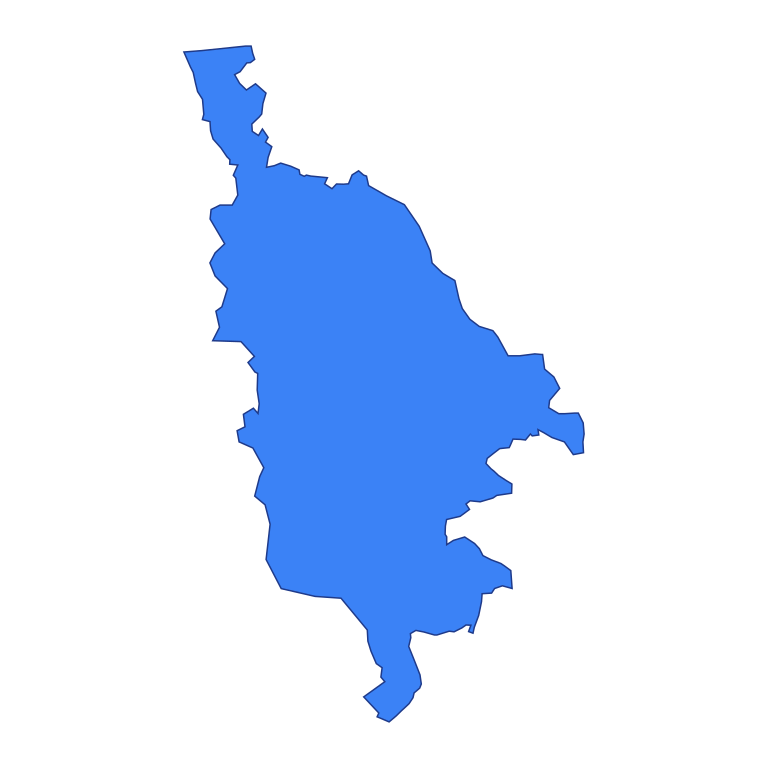 Treis Elies, Limassol, Cyprus
{"feature_id": "46923920B17590057603740", "entity_name": "Treis Elies", "entity_type": "district", "adm_level": 2, "iso_a3": "CYP", "parent_name": "Cyprus", "parent_adm1": "Limassol", "projection": "equal_earth", "projection_center": [32.797, 34.933], "detail": "fine", "context": "isolated", "style": "filled", "palette": "blue", "viewbox_px": 768, "rotation_deg": 0, "n_neighbors": 0, "source": "geoboundaries", "source_scale": "gbopen_adm2", "svg_char_len": 2764}
<svg xmlns="http://www.w3.org/2000/svg" viewBox="0 0 768 768"><path d="M183.9,52.0L190.5,67.1L193.2,72.4L195.5,83.1L197.6,91.6L202.5,99.3L203.8,114.3L202.4,119.6L210.0,121.6L210.6,130.8L213.1,139.1L221.0,148.0L226.9,156.7L229.9,159.7L229.7,164.2L237.8,165.0L233.3,175.3L235.8,178.1L237.8,195.1L232.2,205.1L225.9,205.1L220.0,205.1L211.1,209.5L210.1,219.0L224.7,243.8L215.1,252.9L209.9,262.9L215.1,276.0L227.5,288.6L221.9,306.8L215.9,311.2L219.5,327.3L212.7,340.7L241.0,341.6L254.4,356.4L248.0,362.5L254.9,372.0L257.7,373.4L257.2,390.1L259.2,403.7L258.0,413.5L253.4,408.2L243.4,414.3L245.0,426.8L237.1,430.7L239.1,441.9L252.9,448.0L263.8,467.7L259.7,476.6L254.7,496.1L265.1,504.8L270.1,524.2L266.1,559.5L281.2,588.6L315.1,596.4L341.0,598.2L367.3,630.0L367.9,641.2L371.0,651.2L376.3,663.6L382.1,667.7L380.9,677.1L384.8,681.7L363.7,696.9L378.8,713.0L377.1,716.8L389.1,721.9L396.2,715.9L401.7,710.5L403.8,708.6L409.1,703.6L413.0,697.7L414.1,692.9L419.7,688.1L421.3,684.0L420.0,674.9L414.4,660.6L408.7,646.4L410.8,637.7L410.4,633.6L415.9,630.4L423.9,632.0L434.5,635.0L436.9,635.0L449.2,631.2L454.1,631.8L461.9,627.9L466.0,625.0L470.9,625.2L468.6,631.6L473.0,633.2L474.3,627.3L478.7,615.4L481.5,601.7L482.1,593.7L491.6,593.1L494.6,588.5L502.4,585.8L512.1,588.5L510.8,570.6L504.3,565.8L500.9,563.5L490.9,559.7L482.9,555.6L479.4,548.7L474.6,543.5L464.7,537.0L453.4,540.4L446.7,544.7L446.7,536.8L445.1,534.3L445.4,526.0L446.6,519.5L460.2,516.3L469.5,509.4L466.0,504.0L470.1,500.8L480.2,501.8L493.0,498.0L496.8,495.4L511.6,493.2L511.9,484.0L506.3,480.6L498.5,475.5L493.9,471.1L491.0,468.8L486.0,463.5L487.2,458.4L492.7,454.0L499.7,448.6L509.2,447.6L510.4,445.1L513.0,439.1L520.6,439.4L525.5,440.0L530.4,434.0L532.2,435.9L538.8,435.0L538.0,429.6L543.8,432.7L551.9,437.5L564.4,441.9L573.3,454.6L583.5,452.7L583.4,450.7L582.9,441.9L584.1,434.0L583.2,422.9L578.3,413.1L574.5,413.1L564.6,413.7L558.8,413.7L548.7,407.7L549.6,400.4L559.7,388.4L553.9,377.0L544.6,369.1L542.6,354.5L541.9,354.5L534.8,353.9L519.7,355.8L508.1,355.8L497.8,337.0L492.9,330.7L479.2,326.4L469.9,319.3L462.3,308.6L459.0,298.9L454.9,280.6L442.8,273.4L432.1,263.0L430.2,250.9L419.2,226.3L404.4,204.7L386.4,195.8L368.6,185.6L366.5,176.1L363.6,175.1L358.6,170.8L352.1,174.9L348.5,183.8L343.5,184.2L336.5,184.0L332.0,188.7L324.6,183.8L327.4,177.7L313.3,176.3L310.9,176.1L306.4,175.1L304.2,176.3L299.9,174.3L299.1,169.9L290.7,166.2L280.7,163.1L274.3,165.7L266.5,167.3L268.1,157.4L271.8,146.7L265.5,142.1L268.1,137.4L262.4,129.0L258.5,135.5L252.3,131.4L251.8,124.1L259.2,117.0L261.7,114.0L262.9,103.6L266.0,93.1L255.5,83.8L246.4,90.0L239.6,83.4L234.6,74.6L240.1,71.7L246.8,62.9L250.4,62.6L254.7,59.3L252.7,53.4L251.1,46.1L245.4,46.1L201.9,50.6L183.9,52.0Z" fill="#3b82f6" stroke="#1e3a8a" stroke-width="1.5"/></svg>